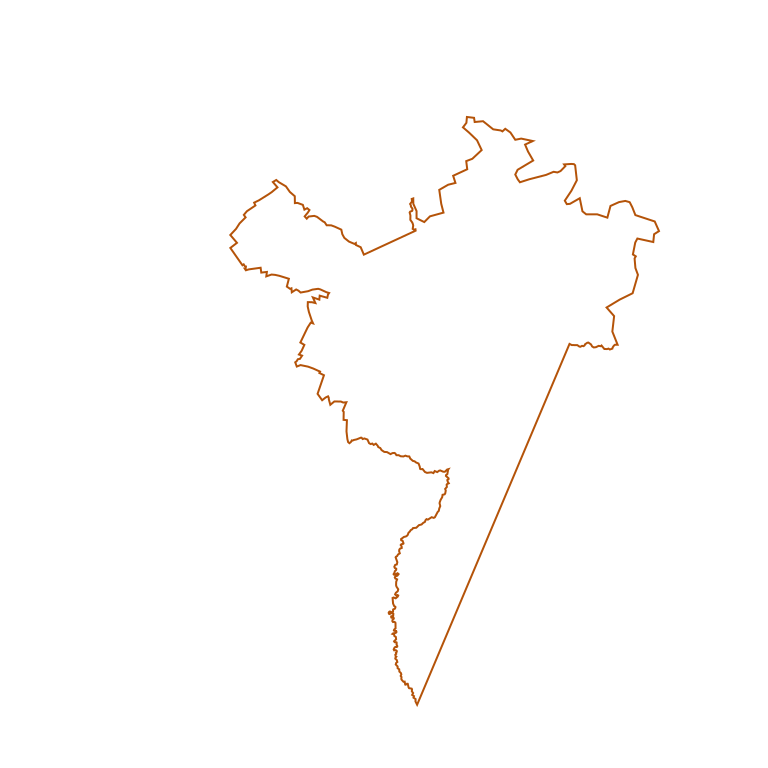 Z F Mgcawu, Northern Cape, South Africa (Robinson projection), rotated 203°
{"feature_id": "47623444B49450251729649", "entity_name": "Z F Mgcawu", "entity_type": "district", "adm_level": 2, "iso_a3": "ZAF", "parent_name": "South Africa", "parent_adm1": "Northern Cape", "projection": "robinson", "projection_center": [20.762, -27.405], "detail": "fine", "context": "isolated", "style": "outline", "palette": "amber", "viewbox_px": 768, "rotation_deg": 203, "n_neighbors": 0, "source": "geoboundaries", "source_scale": "gbopen_adm2", "svg_char_len": 6166}
<svg xmlns="http://www.w3.org/2000/svg" viewBox="0 0 768 768"><g transform="rotate(203 384 384)"><path d="M555.6,434.7L553.2,436.7L543.0,442.8L540.5,438.6L535.6,441.4L534.4,437.1L530.3,440.8L526.9,441.9L522.6,442.7L512.7,443.7L511.5,435.7L507.6,434.9L506.6,435.9L504.7,432.4L501.8,436.7L499.2,436.5L496.5,435.6L490.1,439.8L486.8,442.9L481.8,445.9L479.6,446.2L472.8,446.0L470.1,446.3L470.5,444.4L469.9,441.2L477.7,440.2L476.5,436.4L483.3,435.9L478.8,431.7L482.4,431.1L486.1,429.6L484.5,425.5L481.3,421.0L475.3,414.2L473.0,412.1L475.4,411.9L476.4,406.2L477.2,389.5L472.6,388.9L472.8,382.4L473.8,377.9L470.5,378.1L471.2,374.3L473.0,373.1L473.3,370.9L474.2,369.3L471.1,366.0L468.2,368.8L460.7,370.3L455.2,370.6L447.7,370.4L447.8,368.9L442.7,368.6L441.3,349.0L434.6,344.9L432.5,348.7L430.7,350.8L429.6,349.9L428.7,348.2L425.3,343.9L422.9,348.5L416.9,351.0L414.3,351.0L411.5,352.5L411.5,343.3L410.2,342.6L407.2,335.2L404.0,336.2L400.0,325.7L396.2,319.0L394.3,316.5L392.7,316.0L391.8,317.7L391.6,319.5L390.8,319.6L390.0,320.6L387.6,322.3L384.3,325.6L383.7,325.8L382.1,325.0L380.8,326.2L377.5,326.4L374.6,323.7L372.8,323.5L371.5,324.6L369.7,323.9L368.2,325.9L365.7,324.7L364.6,323.7L362.4,323.6L360.4,322.2L357.2,321.6L354.6,322.5L350.6,322.0L349.2,323.7L347.5,324.6L346.5,324.5L344.7,323.3L342.6,324.2L340.4,324.0L337.8,324.9L336.3,326.4L334.3,326.5L332.4,327.2L330.7,325.6L327.4,324.5L325.6,324.8L323.9,324.3L321.1,324.3L318.9,322.0L317.6,320.0L316.7,320.0L315.3,320.8L311.9,319.0L309.7,319.0L305.9,321.2L303.7,321.3L303.3,323.7L300.6,323.7L299.4,325.7L298.5,326.4L295.3,326.4L294.1,326.8L293.5,327.3L292.5,329.9L291.4,330.8L291.5,330.2L290.5,325.8L291.3,324.4L291.1,323.6L287.7,322.4L287.4,321.7L288.2,320.3L286.9,318.7L285.6,317.9L286.8,316.6L287.0,315.8L285.9,313.8L286.7,311.3L285.5,310.0L284.9,307.2L285.1,306.1L286.8,304.9L286.2,302.5L286.6,299.7L286.5,297.0L286.3,296.0L284.5,293.6L284.5,291.0L284.0,288.7L284.6,287.1L285.1,281.2L285.9,280.2L288.1,280.0L290.6,276.3L292.1,276.2L292.6,274.7L292.4,273.2L293.8,271.2L294.5,269.4L296.7,267.7L298.1,264.3L301.0,262.7L301.2,261.4L302.3,259.9L302.6,258.2L303.3,256.7L303.2,254.3L303.6,253.2L304.3,252.2L305.9,251.0L307.7,247.9L307.1,246.9L305.6,246.9L303.8,245.0L303.8,244.5L305.4,243.3L305.7,242.3L304.4,241.5L303.6,240.0L304.9,238.7L305.2,237.6L304.8,236.1L303.3,234.3L304.5,232.5L304.7,230.7L305.5,229.6L305.6,229.0L302.1,225.2L301.7,222.9L303.0,221.9L303.1,219.8L302.2,218.9L300.6,218.8L300.3,218.2L300.2,217.5L300.9,215.9L300.6,214.4L300.9,213.2L300.8,212.6L300.3,212.4L299.4,212.8L297.6,215.1L296.3,214.7L296.8,212.8L298.4,211.3L298.5,210.2L297.6,209.4L295.6,209.3L295.5,206.7L294.3,203.6L293.4,202.4L290.7,200.6L290.4,198.6L291.5,196.4L291.6,194.7L290.2,194.1L289.2,195.0L288.3,194.9L288.3,193.7L289.5,191.3L291.8,191.2L292.5,190.4L289.9,185.5L287.9,183.6L286.5,183.4L286.2,182.9L286.1,181.6L287.5,180.0L286.7,177.9L286.8,177.4L287.3,177.0L289.7,176.9L290.2,176.3L290.3,175.2L289.6,174.4L289.0,174.4L287.5,176.2L285.6,176.1L285.0,174.3L286.6,172.9L286.3,172.2L285.8,171.8L284.2,172.7L283.6,172.4L283.3,171.8L284.0,170.0L283.6,168.9L282.7,168.4L281.5,169.1L280.4,168.9L280.0,168.4L277.9,163.6L278.7,161.9L278.6,161.0L278.1,160.8L276.3,161.4L275.6,160.6L275.9,159.5L278.2,158.0L278.5,157.3L276.9,157.5L276.0,156.1L274.3,155.8L273.1,153.8L274.2,151.1L273.3,150.5L271.6,151.1L271.1,150.6L270.8,149.3L269.4,148.0L269.2,147.5L269.5,146.9L270.8,146.4L271.3,145.5L271.4,143.5L270.6,142.8L269.2,143.6L267.9,143.2L267.6,142.5L268.0,141.2L267.3,140.4L267.8,139.2L266.9,137.9L266.1,137.8L266.5,136.2L266.3,135.6L264.4,134.9L263.1,133.3L263.8,132.1L263.6,130.4L261.1,129.3L260.4,127.7L258.5,127.3L257.5,125.3L255.6,124.6L254.6,123.5L254.6,121.8L253.4,121.1L252.8,119.2L252.1,118.6L249.7,117.5L248.7,118.1L247.0,115.6L246.5,115.7L245.7,117.1L245.0,117.3L242.8,114.3L242.1,113.8L239.5,114.4L238.9,113.9L238.3,112.0L236.4,110.9L236.6,108.8L234.4,108.4L234.3,106.8L231.8,106.3L231.0,104.1L228.2,101.7L228.9,493.4L226.4,493.2L221.2,495.3L218.8,494.8L217.8,495.0L216.6,496.5L215.1,496.8L214.4,498.0L214.5,499.0L213.0,501.4L212.0,502.0L208.9,501.3L207.1,499.9L205.2,499.6L203.3,500.7L201.3,503.0L199.2,503.5L198.8,504.4L194.8,502.3L192.2,503.4L191.2,504.3L189.6,504.0L187.6,505.8L187.8,506.9L187.4,509.1L186.7,510.4L184.3,511.4L194.3,521.5L198.7,536.4L209.0,541.4L200.0,553.8L190.6,564.7L192.9,583.7L197.9,589.0L202.4,597.5L202.1,599.9L205.5,600.5L208.0,612.4L207.6,616.9L191.6,619.9L193.9,627.4L190.6,632.2L198.3,639.4L218.6,637.7L224.5,643.7L228.8,647.3L229.5,647.3L233.4,646.8L238.7,643.3L245.1,636.4L243.4,624.4L254.0,623.5L264.2,619.2L268.8,620.5L276.4,631.5L283.2,622.5L286.0,621.0L289.2,623.4L287.0,635.1L286.1,646.9L293.5,660.0L295.1,660.6L297.7,659.7L304.0,656.5L302.2,655.4L304.7,649.0L307.0,646.5L310.8,645.6L316.5,639.8L330.3,629.2L337.7,622.8L340.9,624.7L345.0,628.1L344.7,633.4L334.0,648.0L342.2,654.2L347.7,659.5L342.0,665.8L353.6,663.5L358.6,660.1L365.9,664.9L372.1,666.3L373.7,662.8L375.6,663.0L383.0,661.1L395.5,664.6L402.9,660.6L405.1,664.2L412.0,662.2L410.2,656.6L411.6,651.1L404.1,648.7L393.6,644.7L385.5,637.5L390.7,625.8L395.4,621.3L391.3,614.2L401.7,602.7L396.8,597.0L402.8,592.5L409.0,584.3L401.7,572.2L396.2,565.0L407.2,556.3L410.2,548.8L418.8,549.3L421.6,555.9L427.4,561.3L429.6,566.3L430.8,565.2L429.5,563.0L430.3,559.9L429.1,559.0L428.5,557.8L426.4,556.6L425.7,554.9L425.7,554.4L427.3,552.8L427.4,551.9L425.5,549.4L423.9,545.4L421.1,543.7L419.9,542.5L419.0,541.2L418.2,538.0L416.7,537.8L415.5,538.7L414.8,537.5L453.1,495.2L458.9,500.8L464.2,501.0L465.0,502.7L465.9,501.4L471.9,501.4L477.6,503.0L480.9,505.6L483.6,509.4L490.9,509.6L494.7,509.4L498.8,507.7L501.8,509.7L503.5,509.8L511.0,511.7L513.9,511.5L518.8,508.7L519.7,506.0L522.5,507.3L521.1,512.0L520.6,515.0L523.4,515.8L525.4,513.4L528.7,517.2L534.4,516.9L536.7,515.7L539.5,522.0L545.7,524.0L551.5,527.6L559.7,528.7L562.9,529.7L565.2,526.5L558.9,523.4L562.3,516.8L564.4,513.5L570.9,504.2L574.4,500.2L572.1,498.1L577.7,489.5L579.1,484.9L576.5,483.3L579.7,475.4L580.8,469.0L583.7,461.1L574.5,456.5L578.6,449.2L560.7,438.0L559.9,439.3L557.7,437.8L557.0,438.1L556.4,435.9L557.1,435.7L555.6,434.7Z" fill="none" stroke="#b45309" stroke-width="2"/></g></svg>